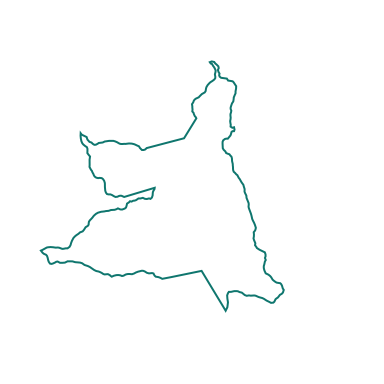 outline of Serra Nova Dourada, Mato Grosso, Brazil, rotated 206°
{"feature_id": "56859067B93174038170819", "entity_name": "Serra Nova Dourada", "entity_type": "district", "adm_level": 2, "iso_a3": "BRA", "parent_name": "Brazil", "parent_adm1": "Mato Grosso", "projection": "orthographic", "projection_center": [-51.334, -12.07], "detail": "fine", "context": "isolated", "style": "outline", "palette": "teal", "viewbox_px": 384, "rotation_deg": 206, "n_neighbors": 0, "source": "geoboundaries", "source_scale": "gbopen_adm2", "svg_char_len": 5158}
<svg xmlns="http://www.w3.org/2000/svg" viewBox="0 0 384 384"><g transform="rotate(206 192 192)"><path d="M66.6,144.2L68.1,145.1L70.1,147.3L71.5,148.3L72.7,148.7L76.0,147.7L77.3,147.7L79.9,148.2L81.2,148.6L83.3,150.0L84.8,150.7L87.0,151.2L88.5,151.2L90.1,151.2L92.4,153.1L93.3,154.1L94.2,155.2L95.0,156.9L95.3,158.7L96.0,161.4L95.9,163.2L97.5,164.7L97.7,166.5L98.6,168.2L100.1,169.7L101.8,169.7L106.0,169.7L109.1,170.1L110.1,170.8L112.0,171.8L112.6,173.7L115.2,176.0L116.4,177.3L116.8,178.9L117.7,181.0L118.9,182.9L118.4,185.1L118.6,186.5L118.9,187.8L121.0,190.0L122.8,191.6L124.7,193.0L126.1,194.2L128.0,196.6L129.5,198.3L133.8,202.4L134.7,203.5L135.6,205.8L136.3,206.9L138.4,208.8L140.4,210.6L141.6,212.6L143.7,214.2L144.9,215.3L146.0,217.7L147.9,219.7L149.0,221.0L151.5,222.3L153.3,223.5L154.7,224.5L156.2,225.2L158.6,227.0L160.0,227.3L161.6,228.0L163.4,228.5L164.6,229.7L165.5,231.2L166.1,232.4L167.0,233.8L167.7,235.1L169.5,237.3L170.9,239.8L172.1,241.1L173.4,241.5L174.9,242.3L176.4,242.1L178.4,242.0L179.8,243.1L182.0,243.8L183.5,244.8L185.7,248.8L186.5,250.5L186.6,252.1L185.7,254.0L184.6,255.0L183.2,255.6L182.2,259.7L182.4,261.4L182.8,263.2L182.3,264.4L180.9,265.1L181.1,266.7L182.6,268.6L183.9,267.4L186.0,267.7L186.7,269.5L187.7,270.8L188.8,272.5L189.3,274.4L189.9,275.9L190.8,277.3L191.6,278.9L191.8,280.5L192.3,282.3L193.7,283.6L194.3,284.9L194.6,286.7L194.9,289.1L194.6,291.5L195.2,293.5L195.9,295.3L196.1,298.2L196.1,299.7L197.0,301.6L197.7,304.2L198.7,306.5L200.6,307.6L202.8,308.9L204.0,309.3L205.8,308.8L208.4,308.0L210.4,309.2L215.9,307.4L217.7,307.8L218.8,308.9L219.2,310.5L220.9,311.6L222.2,313.1L222.3,315.1L223.4,316.5L226.0,317.4L227.4,317.7L229.0,318.6L231.5,318.0L232.9,316.5L231.5,315.7L230.0,315.8L228.5,314.7L226.6,313.7L224.9,312.4L223.9,311.4L223.4,309.8L223.0,307.8L221.5,305.7L221.0,304.4L221.3,302.8L222.3,300.8L223.6,298.7L224.1,297.4L224.8,295.0L225.0,292.7L224.8,291.3L224.0,288.7L224.2,287.1L226.1,284.3L227.0,281.7L227.5,280.0L229.4,277.7L230.1,276.3L230.4,274.9L230.2,273.1L230.5,270.9L229.3,269.2L228.7,268.0L227.7,266.4L227.0,264.5L225.4,263.9L224.4,262.8L222.7,261.4L221.4,260.9L220.4,260.1L222.7,236.8L252.0,211.6L252.7,209.7L253.8,208.6L255.4,207.8L258.0,208.7L259.7,209.8L261.9,209.7L263.7,209.7L265.0,209.6L267.3,209.1L269.9,208.0L272.8,206.1L274.3,205.4L275.6,204.6L276.9,204.0L278.3,203.7L281.2,203.9L283.3,203.8L285.1,203.5L289.1,201.5L292.6,199.1L293.9,197.4L295.1,196.6L297.3,195.2L298.0,193.9L299.2,192.3L300.5,191.6L302.4,191.8L304.0,192.4L306.1,192.1L309.0,193.3L310.8,195.2L313.5,195.2L316.2,195.2L317.8,196.0L316.8,193.7L315.4,191.4L313.7,189.2L312.1,187.8L310.7,187.1L308.3,186.5L306.1,186.2L304.9,185.0L303.9,182.9L303.1,181.1L301.2,180.1L299.2,179.2L298.2,176.1L297.1,173.9L295.8,171.3L295.1,169.6L292.7,167.8L291.1,167.0L290.1,166.0L288.7,165.1L287.4,163.9L286.2,163.2L284.3,162.9L282.5,163.3L281.2,164.2L279.2,164.9L277.7,164.6L275.9,163.6L274.3,161.9L273.6,160.6L272.4,158.2L270.5,155.1L269.1,153.7L267.5,152.9L265.8,153.3L264.2,154.1L262.4,154.2L260.5,154.0L258.6,154.0L256.9,155.1L255.9,156.4L254.9,157.2L253.7,157.7L250.8,157.8L227.4,179.4L227.0,178.2L227.2,176.3L227.1,174.7L226.5,173.1L225.9,171.7L225.6,169.4L226.3,167.6L227.8,167.4L229.5,165.9L231.4,165.2L233.6,165.2L235.5,163.6L237.3,162.7L238.7,160.2L239.8,159.1L241.0,158.4L242.1,156.9L243.7,156.5L244.1,155.1L245.3,153.1L244.8,151.1L244.5,149.1L245.2,147.6L247.1,145.6L248.8,144.9L251.4,144.8L252.3,143.5L253.7,142.1L256.9,140.3L258.7,138.5L260.9,137.2L262.3,136.1L263.4,135.4L265.0,134.4L267.4,132.2L268.7,130.3L269.6,128.2L270.0,126.9L270.2,125.6L270.7,123.8L271.4,121.7L271.6,120.1L271.1,118.5L270.6,117.3L270.8,115.9L272.2,113.7L272.5,110.8L273.0,108.7L273.9,107.7L274.9,106.7L275.7,104.7L277.0,102.5L277.8,100.7L278.4,98.7L278.5,95.5L278.3,93.2L277.9,91.1L278.0,89.0L279.2,86.8L280.8,86.0L282.5,84.7L283.7,84.0L286.9,83.7L288.2,83.3L290.2,82.2L292.5,81.5L295.0,80.5L297.2,79.2L298.2,78.4L301.0,74.4L302.1,73.1L299.7,71.9L298.1,71.5L295.6,71.6L294.3,71.0L292.9,69.6L291.3,67.6L290.2,66.5L288.3,65.4L286.9,65.7L285.8,66.6L284.3,68.4L283.4,69.8L282.3,70.6L279.6,70.5L277.7,71.4L275.3,72.8L273.4,75.2L268.9,77.3L267.5,77.5L266.3,77.7L261.6,79.5L259.5,79.8L256.6,79.3L253.1,79.8L250.9,79.8L245.7,79.0L243.4,79.0L241.0,79.6L239.5,79.7L237.8,79.7L235.7,79.4L234.4,79.6L232.8,80.6L231.6,81.3L229.6,81.3L228.3,80.9L227.0,80.7L225.6,82.4L223.6,84.1L222.5,84.7L221.3,85.3L219.7,85.7L218.1,85.8L216.8,86.8L215.5,88.7L214.1,89.9L212.5,90.8L209.9,91.8L208.3,93.4L207.2,95.0L205.6,96.7L202.5,99.3L201.1,99.8L199.6,99.9L197.2,99.6L195.0,100.0L193.5,100.9L192.4,101.6L190.9,101.9L189.1,100.5L187.5,100.0L184.8,100.8L182.7,101.0L180.7,100.9L173.1,106.6L148.8,125.3L114.1,102.9L109.7,100.0L109.7,103.9L111.3,108.6L113.4,111.6L115.1,114.5L115.3,116.8L115.1,118.4L113.2,119.3L110.6,121.4L108.4,122.5L107.2,122.9L105.4,122.9L103.1,123.4L99.4,122.5L97.3,122.7L95.5,124.0L93.7,124.6L90.7,126.3L89.3,126.7L86.1,126.8L84.9,127.0L82.3,127.5L80.5,127.5L77.4,127.1L74.1,127.1L72.4,127.0L70.4,128.2L69.9,129.5L69.9,132.3L69.3,133.6L68.6,134.7L68.3,136.0L67.9,138.1L66.7,139.8L66.2,141.5L66.6,144.2Z" fill="none" stroke="#0f766e" stroke-width="2"/></g></svg>